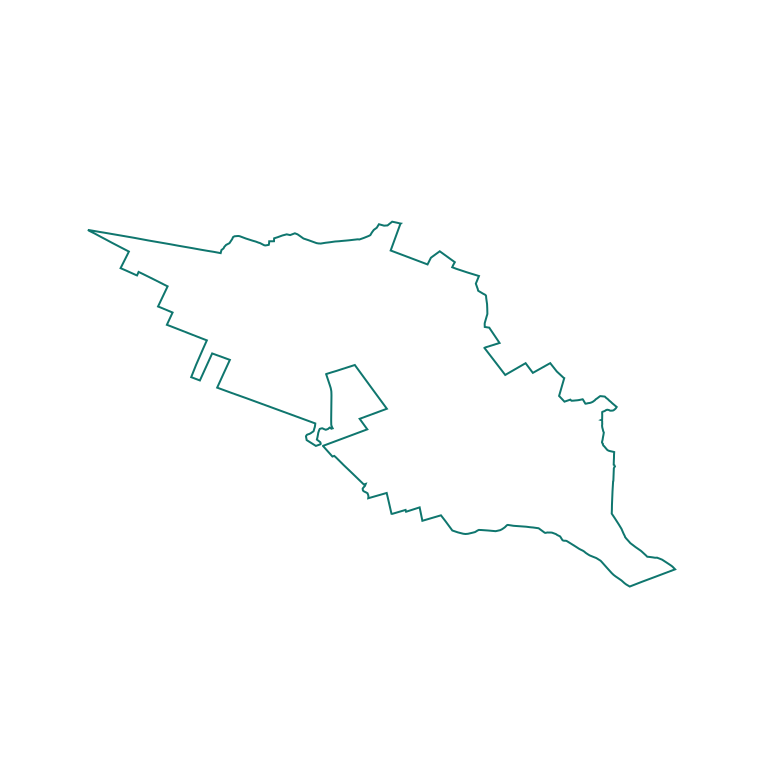 outline of Doba, Satu Mare, Romania, rotated 9°
{"feature_id": "2599482B56088376040975", "entity_name": "Doba", "entity_type": "district", "adm_level": 2, "iso_a3": "ROU", "parent_name": "Romania", "parent_adm1": "Satu Mare", "projection": "equal_earth", "projection_center": [22.698, 47.743], "detail": "fine", "context": "isolated", "style": "outline", "palette": "teal", "viewbox_px": 768, "rotation_deg": 9, "n_neighbors": 0, "source": "geoboundaries", "source_scale": "gbopen_adm2", "svg_char_len": 6046}
<svg xmlns="http://www.w3.org/2000/svg" viewBox="0 0 768 768"><g transform="rotate(9 384 384)"><path d="M140.3,316.7L152.4,320.6L155.0,321.4L148.7,342.8L151.4,343.4L164.0,346.5L160.3,359.5L164.6,360.4L172.4,362.1L186.9,365.3L195.6,367.2L202.2,368.6L199.7,377.9L195.4,394.5L192.5,407.4L201.6,409.3L209.5,380.7L228.0,384.3L224.0,398.5L219.8,413.7L235.0,416.7L250.5,419.6L322.3,433.7L322.4,435.2L322.4,437.2L322.1,439.2L321.9,441.1L321.8,441.6L321.4,442.1L320.3,443.1L319.5,443.9L318.5,444.7L317.9,445.1L317.2,445.4L316.0,446.1L315.7,446.4L315.1,447.8L315.2,448.2L316.4,451.5L326.4,455.8L330.3,453.7L330.8,453.2L330.8,452.9L330.7,452.4L330.1,451.4L326.4,449.4L326.5,448.2L326.6,447.3L326.7,443.9L326.7,442.5L327.1,440.1L327.4,438.9L327.6,438.4L328.8,437.8L329.9,437.4L330.8,437.6L331.7,437.9L333.7,438.3L335.7,437.2L337.1,435.6L337.3,435.5L337.6,435.8L337.8,435.8L338.2,435.9L338.5,436.0L338.9,436.3L339.0,436.4L339.3,436.3L339.7,436.0L340.2,435.8L339.4,434.7L338.7,433.5L338.3,432.6L337.9,430.4L337.4,427.5L333.9,403.5L333.4,400.8L333.1,399.4L332.7,398.2L332.0,396.3L330.6,393.5L325.3,383.3L325.4,383.1L326.0,382.9L330.2,380.8L335.0,378.5L340.5,375.7L352.2,369.8L371.5,389.0L390.7,408.0L365.4,422.2L374.6,431.4L333.5,454.6L333.5,454.8L344.4,463.7L346.1,462.8L348.0,464.0L357.0,470.5L364.1,475.4L379.8,486.4L381.6,485.5L381.1,487.7L380.4,488.7L379.7,489.8L379.3,490.7L379.5,491.4L379.8,492.3L380.5,493.0L381.6,493.4L383.6,494.0L384.8,494.5L385.3,495.4L386.0,496.7L386.3,498.0L386.3,499.3L403.7,491.2L406.1,497.1L411.7,511.0L412.4,511.0L425.0,505.0L425.8,506.7L438.5,500.3L440.9,506.7L443.3,513.1L449.4,510.2L460.8,504.8L466.4,510.1L474.4,518.0L480.2,519.0L485.7,519.5L488.0,519.4L490.4,518.8L495.5,516.7L497.1,516.0L499.3,514.1L500.5,513.3L503.0,513.0L509.9,512.4L517.3,511.9L521.6,510.2L523.4,508.9L525.7,506.7L527.1,504.8L527.7,504.1L528.1,503.9L528.6,503.8L529.4,503.8L534.1,503.8L546.9,502.7L550.8,502.6L553.7,502.4L558.8,502.3L559.3,502.3L565.9,505.7L566.5,505.8L567.0,505.7L568.1,505.3L568.6,505.1L573.0,504.5L577.1,505.3L577.9,505.6L578.6,506.0L581.8,507.0L582.6,507.9L584.5,510.1L584.9,510.4L585.6,510.6L586.5,510.6L587.9,510.4L588.5,510.4L589.3,510.6L598.3,514.4L602.6,516.3L604.4,516.9L606.4,517.5L608.0,518.2L609.6,519.2L612.2,520.4L613.9,521.1L617.3,521.9L620.9,522.7L624.7,524.3L625.6,524.7L626.9,525.7L632.5,530.3L638.3,535.0L640.6,536.6L642.8,537.8L646.4,539.5L649.3,540.9L652.7,543.1L654.6,544.1L658.4,545.6L669.7,539.0L682.1,532.0L700.5,521.5L697.7,519.4L696.7,518.8L695.5,518.2L692.9,517.0L686.2,514.0L683.2,513.3L681.1,512.9L680.9,512.8L680.5,512.9L679.0,513.2L676.3,513.2L672.8,513.3L671.5,513.4L671.0,513.4L670.8,513.3L669.8,512.5L664.7,509.1L663.7,508.5L658.1,505.8L652.3,502.7L649.5,500.4L647.5,498.8L646.0,497.4L645.8,496.8L644.0,494.3L641.2,489.9L637.9,486.0L632.9,480.4L629.2,476.4L629.1,475.5L628.7,472.2L628.1,468.0L626.5,454.4L625.5,444.2L625.7,443.9L624.2,431.3L624.4,430.6L624.5,430.1L625.0,429.4L624.2,428.1L623.5,427.8L623.0,423.8L622.7,421.0L622.3,418.2L622.0,415.2L621.1,415.1L619.0,415.0L617.5,414.9L616.1,414.7L615.4,414.4L615.0,414.3L613.9,413.4L612.4,412.1L611.0,410.9L610.4,410.6L609.6,409.5L609.6,409.2L609.6,408.9L609.2,408.5L608.8,408.1L608.5,407.7L608.4,407.2L608.6,404.8L608.6,402.5L608.7,400.1L608.7,398.5L608.7,397.5L608.0,396.5L607.2,394.6L606.4,392.8L605.9,391.1L605.8,389.2L605.6,388.6L605.4,387.1L605.2,386.2L604.8,385.7L604.1,385.6L604.9,385.1L605.0,384.9L604.7,382.8L604.4,380.6L604.0,378.5L603.9,377.6L604.0,377.4L604.5,377.1L605.0,376.8L605.8,376.4L606.5,375.9L606.9,375.5L607.3,375.1L608.0,374.8L608.4,374.5L609.0,374.5L609.5,374.5L610.1,374.5L610.7,374.7L611.2,374.9L612.0,374.9L612.3,374.9L613.0,374.7L613.9,374.5L614.2,374.4L614.6,374.2L615.3,373.6L616.0,372.8L616.7,371.9L617.0,371.3L617.2,370.6L617.4,370.3L612.3,367.2L610.7,366.1L609.0,365.1L607.5,364.0L605.3,362.8L604.3,362.0L604.0,361.9L603.6,361.9L599.9,362.1L599.4,362.2L599.1,362.4L597.4,364.2L596.2,365.4L595.4,366.1L594.9,367.0L593.7,368.2L592.9,369.0L591.5,369.9L590.3,370.5L589.3,370.8L588.3,371.1L587.7,371.4L586.6,371.8L586.0,371.9L585.7,371.6L582.8,368.1L582.6,368.0L581.8,368.3L580.8,368.7L579.2,369.3L578.0,369.7L573.3,370.9L572.3,371.1L571.9,371.2L571.6,371.1L570.5,370.3L570.3,370.4L565.0,373.2L558.8,368.4L560.3,356.3L561.1,350.0L560.3,349.7L552.7,344.6L544.9,337.4L529.3,349.7L527.5,348.0L520.6,341.3L502.3,356.1L494.2,348.4L477.6,332.7L478.2,332.1L491.7,325.4L479.4,312.2L479.2,311.9L474.6,311.9L474.0,308.8L474.0,307.7L475.0,299.7L475.1,299.4L475.1,299.1L475.1,298.4L474.2,293.4L473.3,289.0L471.8,284.1L471.5,283.1L471.0,281.0L470.4,280.3L469.6,279.9L468.0,279.4L462.5,277.2L462.1,276.5L461.7,275.4L461.1,274.4L459.0,270.5L460.9,262.5L448.9,260.8L437.3,258.9L433.1,258.0L433.7,255.8L434.9,252.6L431.9,251.1L418.3,244.2L416.3,246.2L410.6,251.9L408.3,259.1L405.0,258.4L369.7,251.1L375.1,223.4L375.5,222.9L375.0,222.9L374.1,222.9L372.3,222.7L366.7,222.4L364.5,224.8L362.7,226.8L359.3,227.6L354.0,227.0L352.4,230.8L349.8,233.4L348.3,236.3L347.2,239.1L345.7,240.2L341.2,242.9L337.1,245.1L335.4,245.2L330.7,246.5L327.5,247.4L324.4,248.2L319.2,249.5L317.4,250.0L313.4,250.9L309.2,252.2L308.6,252.4L304.0,253.7L299.8,255.1L297.7,255.4L295.4,255.4L290.7,254.5L287.1,253.8L281.7,252.9L280.1,252.1L277.7,250.9L275.2,249.7L272.4,249.1L268.0,251.6L264.5,251.4L260.4,253.2L256.1,255.6L252.7,257.3L253.0,260.2L248.3,261.0L248.5,263.2L248.4,264.6L246.7,265.2L245.2,265.7L244.0,265.7L239.5,264.2L237.9,264.0L235.1,263.4L231.8,263.0L224.7,261.9L218.4,260.6L216.9,260.6L213.2,261.5L211.9,262.6L211.4,264.6L209.3,269.1L206.3,271.3L204.8,273.6L204.3,275.2L202.5,277.1L202.2,280.3L195.0,280.1L189.4,280.1L181.8,280.0L173.3,279.8L165.8,279.7L158.7,279.6L151.2,279.4L143.9,279.3L136.3,279.2L129.0,279.1L121.5,278.9L114.1,278.7L106.6,278.6L99.1,278.5L91.7,278.4L83.9,278.3L80.4,278.3L67.5,278.1L68.8,278.8L74.6,280.6L81.7,283.1L86.7,284.8L93.0,287.0L111.3,293.1L110.3,296.4L107.3,305.8L105.7,310.8L111.9,312.4L115.9,313.5L122.5,315.3L123.1,315.4L124.1,311.7L128.8,313.1L140.3,316.7Z" fill="none" stroke="#0f766e" stroke-width="2"/></g></svg>